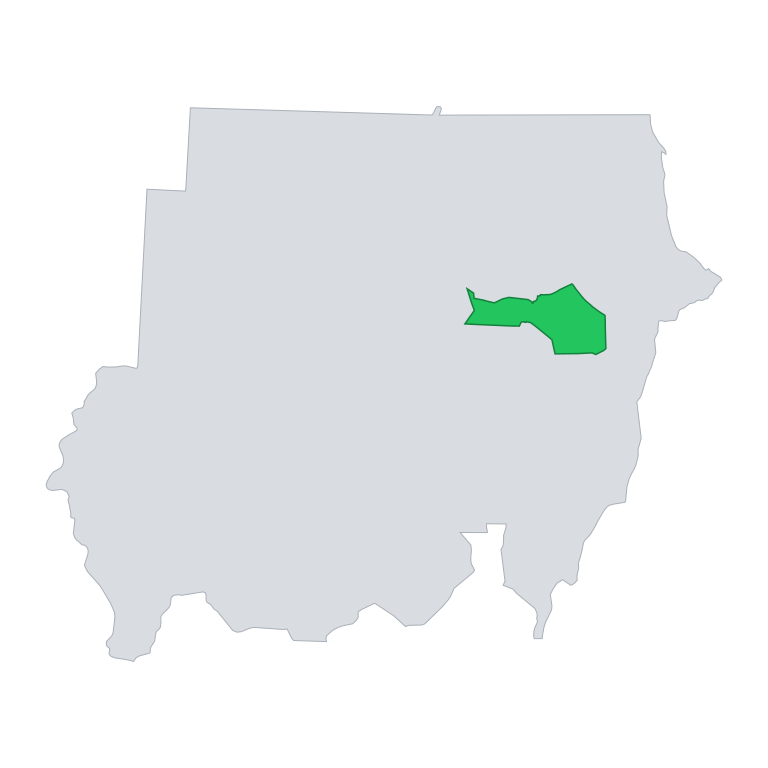 Ad Damar, River Nile, Sudan shown in context
{"feature_id": "16777658B48152145505779", "entity_name": "Ad Damar", "entity_type": "district", "adm_level": 2, "iso_a3": "SDN", "parent_name": "Sudan", "parent_adm1": "River Nile", "projection": "orthographic", "projection_center": [33.881, 17.119], "detail": "fine", "context": "in_parent", "style": "filled", "palette": "green", "viewbox_px": 768, "rotation_deg": 0, "n_neighbors": 0, "source": "geoboundaries", "source_scale": "gbopen_adm2", "svg_char_len": 5435}
<svg xmlns="http://www.w3.org/2000/svg" viewBox="0 0 768 768"><path d="M542.2,638.6L534.5,638.6L533.7,636.8L533.8,631.8L534.7,628.0L537.5,622.0L536.8,618.7L537.2,614.0L535.2,608.8L516.7,593.4L513.1,589.2L503.2,585.3L505.0,580.9L501.0,549.5L503.0,545.9L503.6,540.3L503.6,535.5L506.0,527.5L506.2,524.0L486.7,523.7L486.5,527.2L487.3,531.1L487.3,532.6L460.1,532.5L470.9,545.0L471.4,550.4L470.8,557.1L470.9,561.4L471.5,564.2L474.4,569.8L474.2,570.8L473.5,572.1L454.0,588.4L450.8,596.0L448.2,599.9L442.5,606.6L424.7,623.9L421.8,625.0L408.3,625.4L407.0,625.8L405.9,626.6L405.3,626.4L393.9,615.9L374.6,603.2L361.8,609.4L358.2,611.7L358.1,617.6L356.1,620.6L352.6,623.8L343.1,625.7L338.1,627.4L332.2,630.6L326.4,636.0L325.9,638.9L326.5,641.6L293.8,640.5L291.7,638.4L287.1,629.0L283.8,629.5L254.1,627.4L249.8,628.2L241.3,631.7L237.0,632.2L232.6,630.3L217.4,611.4L214.1,609.1L210.7,604.6L207.4,602.6L206.3,601.1L206.0,599.2L206.2,595.2L205.2,592.6L202.8,591.9L181.8,595.3L178.8,594.7L174.4,595.2L172.9,595.9L171.0,598.2L170.6,603.2L170.0,605.7L168.3,608.4L162.2,614.3L160.8,616.9L160.9,623.7L160.4,627.1L159.5,628.7L156.8,631.2L155.9,632.7L154.6,641.3L151.2,646.4L150.4,648.2L150.1,652.0L149.5,653.2L140.0,655.7L136.4,657.5L134.2,660.3L133.6,661.5L129.6,660.3L124.5,659.3L114.6,657.8L110.8,656.2L109.0,654.0L109.7,648.8L108.8,647.6L107.2,646.6L106.2,644.3L106.5,641.5L111.9,635.7L113.1,632.5L114.9,617.3L114.6,612.6L110.8,603.8L101.8,588.4L99.7,585.4L88.3,572.5L87.0,570.7L84.4,565.3L87.9,554.2L88.2,551.1L87.5,547.8L84.7,545.2L82.0,544.8L78.7,541.6L76.5,540.0L74.6,537.3L73.3,533.5L74.9,520.2L74.3,518.4L71.3,517.7L70.6,516.7L70.9,514.1L69.6,506.4L68.0,500.0L69.2,496.6L66.9,491.7L62.2,489.4L52.9,490.4L50.0,490.0L48.0,489.0L46.7,487.1L46.1,485.0L46.9,482.0L49.8,476.5L53.3,472.0L60.2,468.2L62.1,466.0L63.2,463.6L63.5,460.7L63.2,457.6L62.6,454.8L60.8,451.0L59.2,446.6L59.3,443.7L60.2,441.6L62.2,439.2L69.0,434.7L76.0,431.0L77.2,429.6L76.9,427.9L73.9,424.3L73.2,417.7L71.8,413.0L75.3,409.8L78.0,408.7L82.0,407.9L83.6,406.5L84.2,403.8L84.2,401.2L85.7,399.3L87.8,395.2L89.5,393.4L94.9,388.8L96.2,385.7L96.7,382.6L95.7,373.3L98.9,369.6L102.8,366.6L108.3,367.1L116.8,366.9L122.7,365.9L126.8,366.1L136.1,368.4L137.2,367.7L137.8,365.2L147.0,189.2L185.2,191.1L185.7,190.9L190.4,107.8L430.5,115.0L432.5,114.7L436.4,107.0L438.1,106.5L440.5,106.9L441.4,108.8L439.3,115.1L650.0,114.7L650.6,124.2L652.5,131.8L658.7,142.6L663.9,148.3L665.8,151.5L666.0,153.0L665.8,154.4L664.2,152.8L661.6,151.8L661.3,156.9L662.7,167.3L665.0,174.6L663.6,181.3L664.1,192.8L667.1,206.5L666.7,215.3L671.5,235.6L676.1,246.9L678.5,249.7L681.3,251.1L686.4,252.0L694.1,257.6L700.3,263.6L702.5,266.8L705.5,270.2L707.5,269.5L708.7,268.6L710.7,271.3L720.4,277.2L721.9,280.0L718.6,282.9L714.7,287.8L712.9,292.3L711.9,293.7L708.7,296.6L708.2,297.9L706.9,298.8L705.4,298.9L702.1,300.5L699.2,300.1L696.2,301.0L695.1,302.1L692.8,303.1L689.6,303.6L684.7,307.5L680.4,309.4L678.9,310.9L676.8,318.5L675.1,320.5L668.6,320.8L665.5,321.5L661.2,320.7L659.1,320.9L658.5,322.5L657.9,328.9L658.0,331.7L654.5,339.1L655.8,352.8L652.4,363.2L651.9,365.5L648.5,373.7L646.7,376.8L642.3,392.1L640.6,396.8L636.8,401.8L641.2,438.3L638.0,449.5L638.2,455.6L636.0,464.7L634.3,468.9L631.4,473.9L628.9,479.6L626.9,487.0L625.6,501.1L624.9,502.3L613.2,504.2L609.5,505.2L607.1,506.8L604.1,510.4L598.2,520.4L595.1,526.4L590.2,534.7L584.5,540.6L583.3,543.5L582.4,548.8L580.3,557.2L578.4,563.1L578.7,567.9L576.9,576.2L577.2,580.3L575.2,582.5L572.5,584.7L570.7,585.2L562.5,579.7L556.7,583.5L553.1,588.9L550.3,594.4L551.9,605.8L551.8,608.4L551.0,611.1L545.5,622.4L543.9,627.5L542.3,636.5L542.2,638.6Z" fill="#d9dde1" stroke="#a8b0b8" stroke-width="1"/><path d="M464.9,323.9L467.5,324.0L468.5,324.1L470.4,324.2L479.0,324.6L490.7,325.1L511.6,326.0L519.3,326.1L521.2,322.2L522.2,321.9L523.1,321.7L523.9,321.9L523.9,322.0L524.4,322.2L524.7,322.3L525.2,322.3L525.4,322.3L525.8,322.3L526.0,322.3L526.3,321.8L526.5,321.5L526.8,321.7L526.9,321.9L527.5,321.9L529.0,322.3L530.6,322.6L535.3,326.1L542.2,331.7L543.3,332.6L550.6,338.6L551.9,339.7L554.0,349.2L555.0,353.5L555.1,353.9L560.3,353.8L578.3,353.6L589.4,353.0L592.2,353.0L592.4,353.0L594.1,353.8L595.8,354.5L604.0,350.3L605.9,348.5L605.6,340.0L605.3,328.3L605.2,320.4L605.0,316.2L605.0,315.4L603.7,314.5L602.3,313.7L599.4,311.8L598.2,311.0L596.9,310.0L592.7,306.9L590.0,304.4L587.4,302.3L585.7,300.8L584.1,299.2L581.7,296.4L579.2,293.2L576.2,289.5L575.4,288.4L573.6,285.7L573.2,285.2L573.0,284.9L572.7,284.6L571.9,283.9L571.7,284.1L570.8,284.5L570.1,284.8L564.5,287.4L559.1,290.0L558.0,290.9L554.2,292.9L552.8,293.5L550.2,294.5L544.1,294.8L542.5,294.8L540.6,294.6L540.3,295.2L540.1,295.6L539.8,295.8L539.6,295.8L539.5,295.7L539.3,295.7L539.1,295.9L538.8,296.0L538.7,296.0L538.4,296.1L538.1,296.1L537.9,296.0L537.6,296.0L537.5,296.4L537.5,296.8L537.6,297.3L537.6,297.8L537.0,298.7L536.8,299.9L536.6,300.0L536.2,300.3L535.4,300.9L534.9,301.3L533.9,301.3L533.5,301.7L533.1,302.0L533.2,302.4L533.2,302.6L533.0,302.9L532.9,303.1L532.4,303.2L532.2,303.0L532.1,302.7L531.6,301.7L528.1,299.6L511.8,297.7L508.9,297.4L502.6,298.9L494.3,302.9L484.4,300.5L484.4,300.3L479.7,299.4L476.1,298.7L474.1,298.3L473.6,293.1L467.1,288.7L467.3,289.4L468.2,292.1L469.0,294.8L470.3,299.0L471.3,302.1L471.9,303.9L474.3,310.3L472.8,312.6L472.3,313.3L471.9,313.9L469.7,317.0L469.0,318.0L468.6,318.5L466.5,321.7L465.7,322.7L464.9,323.9L464.9,323.9Z" fill="#22c55e" stroke="#15803d" stroke-width="1.5"/></svg>